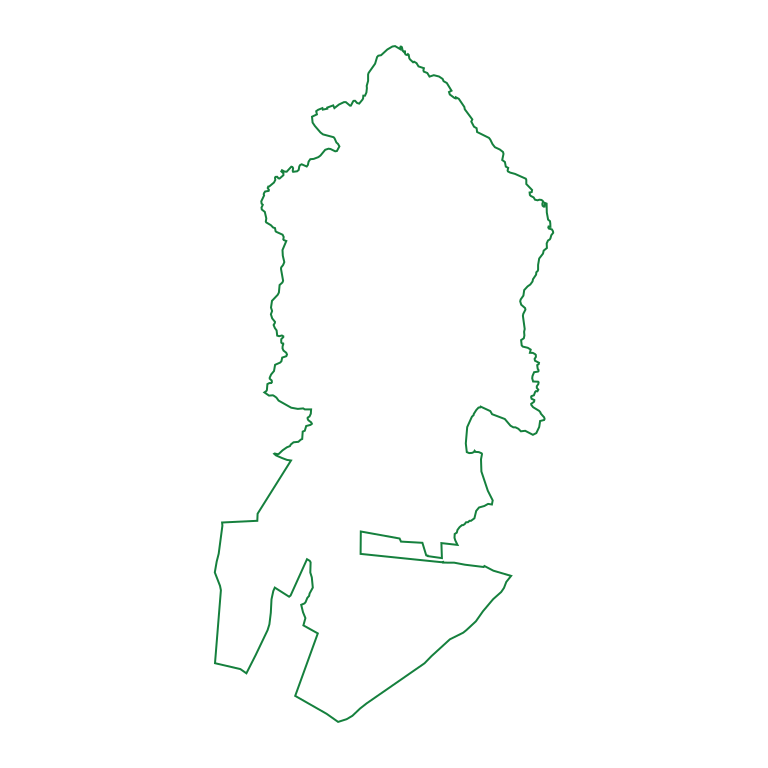 the district of Panotla, Tlaxcala, Mexico
{"feature_id": "50627088B24091411399710", "entity_name": "Panotla", "entity_type": "district", "adm_level": 2, "iso_a3": "MEX", "parent_name": "Mexico", "parent_adm1": "Tlaxcala", "projection": "robinson", "projection_center": [-98.282, 19.352], "detail": "fine", "context": "isolated", "style": "outline", "palette": "green", "viewbox_px": 768, "rotation_deg": 0, "n_neighbors": 0, "source": "geoboundaries", "source_scale": "gbopen_adm2", "svg_char_len": 6073}
<svg xmlns="http://www.w3.org/2000/svg" viewBox="0 0 768 768"><path d="M268.6,190.9L265.1,191.5L264.0,193.2L263.7,194.2L264.1,195.4L261.3,201.3L261.6,203.6L262.8,204.8L261.5,207.6L261.8,209.5L264.8,211.9L266.3,218.4L265.8,221.6L266.2,222.4L270.9,225.2L273.1,227.5L275.0,228.1L275.6,231.2L276.2,231.8L282.6,234.7L283.7,237.0L283.3,239.4L283.9,240.1L286.3,241.0L282.5,250.0L282.8,255.7L284.3,262.1L283.1,265.0L281.2,267.4L281.0,268.9L283.1,280.8L282.4,282.5L279.6,285.0L278.9,292.5L277.7,294.8L272.0,300.8L271.0,307.6L272.1,311.0L270.9,314.3L272.2,318.4L275.0,321.9L274.8,323.0L273.6,325.0L274.9,328.1L276.6,330.4L277.2,335.6L279.1,336.2L281.9,335.5L283.3,336.3L283.3,337.1L281.3,339.1L281.2,339.9L281.3,342.6L282.1,343.4L283.2,343.5L283.3,344.1L282.6,346.2L282.5,348.4L283.5,350.6L286.2,352.7L287.0,354.5L286.3,356.2L282.2,357.6L281.4,361.3L280.1,362.6L275.1,364.8L274.0,371.0L271.1,374.5L269.7,377.7L269.7,378.7L271.7,380.5L271.9,382.2L271.3,383.0L269.3,383.1L267.4,384.1L266.9,390.0L266.3,391.1L264.4,392.4L269.0,395.6L272.9,395.3L274.2,396.0L276.4,397.6L278.6,400.6L291.2,407.7L297.8,408.9L303.2,408.4L304.8,409.4L311.1,409.4L310.8,413.7L309.5,416.5L307.7,417.6L307.6,418.7L308.3,420.2L311.2,422.4L311.9,423.8L310.5,424.9L306.2,426.0L304.8,430.7L302.7,431.6L302.2,439.0L300.7,439.7L298.4,441.8L293.5,442.3L290.8,444.5L289.9,446.1L286.9,447.3L282.6,450.3L278.8,453.9L277.5,454.2L274.7,453.5L274.2,453.8L276.0,455.4L282.2,458.1L287.0,459.9L291.0,460.5L257.6,513.7L257.3,520.8L222.1,522.5L222.4,525.7L218.7,553.7L216.7,561.5L214.8,572.4L220.0,585.8L220.9,590.2L215.0,663.2L240.4,669.1L246.4,673.3L255.7,655.0L267.6,630.1L269.4,624.3L270.8,612.8L271.5,599.3L273.3,591.0L274.8,587.6L289.1,596.7L290.6,595.5L307.0,559.2L309.7,560.8L310.6,562.3L310.3,572.5L311.8,577.4L312.8,587.6L309.6,593.5L309.1,595.9L307.3,597.9L305.6,602.1L304.5,603.4L301.2,604.8L303.0,612.2L305.4,618.1L303.4,625.4L317.8,633.4L295.2,695.9L326.6,713.8L338.1,721.9L346.6,719.2L352.4,715.8L360.1,708.5L366.6,703.4L424.5,663.3L431.4,656.2L449.9,639.3L463.2,632.7L466.3,630.2L475.9,621.3L483.0,611.2L493.1,599.2L501.2,592.0L504.0,587.9L506.3,581.9L511.1,575.9L493.4,570.7L484.4,566.0L483.7,567.0L464.9,564.7L454.3,562.7L443.1,562.6L443.1,561.9L441.5,562.2L360.6,553.9L360.8,531.5L399.6,538.5L401.0,541.6L422.4,542.8L426.2,555.3L427.7,555.6L427.7,556.1L441.9,558.1L441.4,543.1L457.5,544.9L455.3,540.4L454.5,537.8L454.7,534.0L456.8,532.6L457.5,529.9L459.6,527.1L462.0,525.1L463.1,525.1L464.6,524.2L466.0,522.3L468.0,522.2L469.5,520.8L471.0,520.8L474.4,518.3L476.2,510.9L479.0,507.5L484.3,506.0L488.1,503.9L491.9,504.5L492.7,500.4L487.8,490.7L481.4,471.5L481.0,459.3L482.0,454.0L481.6,453.3L478.8,452.1L475.6,451.9L474.6,450.8L474.0,452.0L472.0,452.9L469.2,453.1L466.8,452.1L465.8,443.4L467.2,427.1L471.9,416.7L473.6,415.1L473.8,413.9L476.3,410.0L478.5,407.6L480.2,407.4L480.6,406.6L490.3,411.1L492.1,414.2L504.8,419.0L510.5,425.7L513.3,427.3L515.4,427.3L518.4,428.8L520.9,431.3L525.2,430.8L532.9,434.8L536.3,433.1L539.2,427.0L540.1,421.0L544.1,420.0L544.6,418.9L544.1,417.3L540.7,413.5L540.5,412.5L539.2,410.9L533.1,407.2L531.3,404.9L531.2,403.8L533.9,401.9L534.3,400.9L534.3,400.0L531.6,398.8L531.1,397.0L531.5,396.1L533.9,395.3L535.1,392.0L536.0,391.1L537.4,391.3L538.3,389.7L536.8,387.9L536.8,386.2L538.3,384.1L538.6,382.3L538.1,381.7L533.1,381.5L532.2,378.3L532.5,376.0L534.1,372.2L538.0,371.6L538.5,371.1L538.5,370.0L537.7,368.8L537.2,365.1L538.7,364.1L539.0,362.8L535.0,360.7L534.6,358.9L535.9,356.9L535.8,354.9L534.9,354.0L532.8,352.9L529.9,352.8L530.7,349.6L527.8,347.8L522.8,346.6L521.7,345.4L521.1,340.1L523.8,338.3L524.4,335.5L524.1,331.8L524.7,329.0L522.9,315.8L523.3,313.8L525.4,309.7L525.1,308.1L521.2,304.7L520.2,301.3L520.7,299.4L523.4,295.6L524.2,290.1L527.6,286.4L530.3,284.5L532.5,281.5L533.0,279.2L536.1,274.6L536.3,272.3L537.8,270.8L538.1,269.6L538.1,264.9L539.2,258.5L543.0,253.6L543.7,250.6L546.9,248.0L546.7,243.4L548.0,240.5L549.8,239.4L550.4,238.4L551.3,235.2L553.2,232.8L553.0,231.3L551.9,229.4L548.9,228.6L548.3,227.6L548.6,226.5L550.4,226.8L550.3,223.6L550.0,221.2L548.1,219.6L546.8,212.5L546.6,203.6L544.8,202.9L544.5,206.6L543.6,206.6L542.6,205.7L542.3,204.0L543.1,201.4L542.3,200.5L541.2,199.9L539.3,199.7L537.6,200.3L535.0,199.7L533.6,197.4L530.7,195.9L529.9,195.0L529.6,192.5L531.7,192.1L532.1,190.0L526.3,184.0L526.3,179.9L525.8,178.7L515.0,173.9L510.2,172.6L507.9,171.4L507.6,170.4L508.2,167.9L505.8,166.6L504.9,162.0L502.2,160.0L503.5,153.9L503.0,152.0L499.8,149.5L494.9,147.2L492.5,144.1L490.3,139.6L489.0,137.9L477.1,132.0L476.6,128.2L474.0,126.7L471.3,121.6L472.3,119.4L464.8,109.3L464.3,106.9L458.8,98.8L455.9,97.3L455.7,98.4L454.5,98.0L449.8,94.5L449.0,92.0L451.5,90.7L446.8,83.0L443.6,81.2L442.6,78.9L439.0,76.5L433.8,75.2L429.5,76.6L427.3,73.0L423.8,71.6L423.4,70.2L423.9,68.2L418.5,66.4L416.5,63.1L414.1,61.7L413.1,62.3L410.0,59.4L409.3,58.3L408.7,54.8L407.9,54.1L407.0,55.0L405.6,54.5L405.0,53.5L405.0,51.4L404.2,51.3L404.1,52.2L402.7,50.8L401.9,47.2L401.1,46.6L400.6,46.6L400.2,47.6L400.3,49.2L395.1,46.1L392.4,46.5L387.3,49.5L381.1,55.2L378.3,55.7L377.1,57.0L375.1,63.7L368.6,72.9L368.1,74.5L368.1,80.9L366.7,85.9L366.9,88.1L366.4,92.5L365.0,95.7L363.3,95.7L363.1,98.4L362.5,99.6L359.2,103.6L357.1,103.0L355.1,100.8L353.8,100.8L353.2,101.2L350.9,105.6L350.1,105.7L345.8,102.1L344.0,102.1L339.0,104.5L334.4,108.1L333.2,105.4L327.2,107.6L327.3,108.7L322.8,109.6L322.4,108.1L318.1,109.8L316.2,111.2L316.9,114.4L312.0,116.7L312.6,122.6L314.9,126.0L320.5,132.5L323.0,134.4L333.6,137.2L334.6,138.4L336.4,142.5L338.0,143.9L339.4,146.4L336.9,151.0L335.2,151.3L330.5,149.0L328.5,148.7L325.2,149.8L320.5,155.5L318.4,157.1L313.7,158.9L310.3,159.2L308.6,161.6L307.9,164.9L306.7,166.5L301.7,164.3L300.2,165.0L299.3,166.4L298.7,169.9L297.1,171.3L293.1,171.8L292.7,170.9L293.1,168.2L292.4,167.0L291.3,166.7L286.7,171.7L284.6,171.6L282.0,170.2L281.3,171.4L283.4,173.3L283.4,175.2L279.6,178.5L278.4,178.3L277.2,176.8L275.5,176.9L275.0,177.8L275.3,179.9L274.0,182.5L269.2,186.5L268.3,186.5L267.7,188.0L268.9,189.9L268.6,190.9Z" fill="none" stroke="#15803d" stroke-width="2"/></svg>